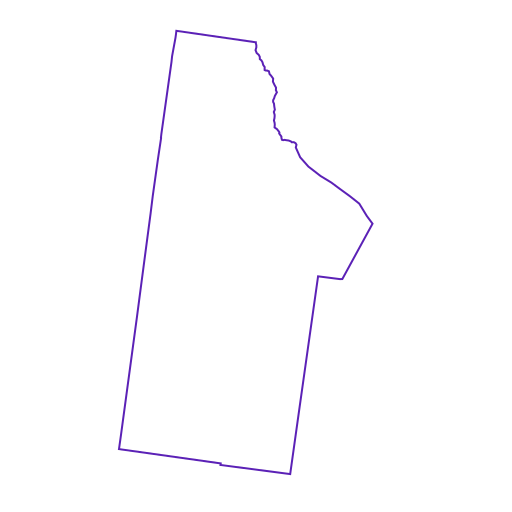 outline of Las Animas, Colorado, United States of America, rotated 98°
{"feature_id": "52423323B39140554867058", "entity_name": "Las Animas", "entity_type": "district", "adm_level": 2, "iso_a3": "USA", "parent_name": "United States of America", "parent_adm1": "Colorado", "projection": "equal_earth", "projection_center": [-104.663, 37.405], "detail": "fine", "context": "isolated", "style": "outline", "palette": "violet", "viewbox_px": 512, "rotation_deg": 98, "n_neighbors": 0, "source": "geoboundaries", "source_scale": "gbopen_adm2", "svg_char_len": 1293}
<svg xmlns="http://www.w3.org/2000/svg" viewBox="0 0 512 512"><g transform="rotate(98 256 256)"><path d="M207.8,145.1L201.0,151.8L189.8,161.0L183.8,171.2L178.0,182.1L172.8,191.6L167.8,203.2L160.2,216.5L152.1,226.0L143.0,231.7L140.2,231.4L138.8,232.5L138.1,234.1L138.1,235.1L138.4,236.4L137.7,237.3L137.1,239.7L137.1,242.5L137.0,243.8L137.5,245.2L137.3,246.5L135.4,247.3L134.4,247.4L133.8,247.8L132.3,249.3L131.4,250.1L130.4,250.0L129.4,250.8L129.0,251.3L127.5,252.8L126.1,255.5L123.3,255.7L121.6,256.1L119.3,257.1L117.0,256.9L115.0,257.0L113.6,257.2L110.9,258.4L108.5,257.7L105.4,258.7L102.6,259.4L101.0,260.5L99.3,260.7L97.3,260.0L94.8,259.6L92.8,258.8L91.0,258.1L89.0,259.4L86.5,259.6L84.0,261.5L81.0,263.5L77.9,263.7L75.3,266.2L73.9,267.9L71.3,268.9L70.8,270.8L71.0,271.9L70.7,273.3L69.7,273.5L67.7,273.7L65.9,275.4L64.1,276.2L63.3,276.5L61.5,277.9L60.5,279.6L58.2,280.0L56.4,281.3L54.9,283.6L52.2,285.1L49.3,284.7L47.2,285.0L45.0,285.9L44.4,285.9L44.1,366.2L47.9,366.1L51.1,366.1L69.8,366.9L75.6,366.7L130.4,366.7L148.2,366.7L152.1,366.6L152.3,366.4L173.8,366.6L210.7,366.6L228.7,366.3L278.2,365.9L334.0,365.4L452.0,364.8L466.3,364.8L466.3,262.1L467.9,262.1L467.2,191.8L400.4,191.8L267.5,191.7L267.2,169.6L266.8,167.3L207.8,145.1Z" fill="none" stroke="#5b21b6" stroke-width="2"/></g></svg>